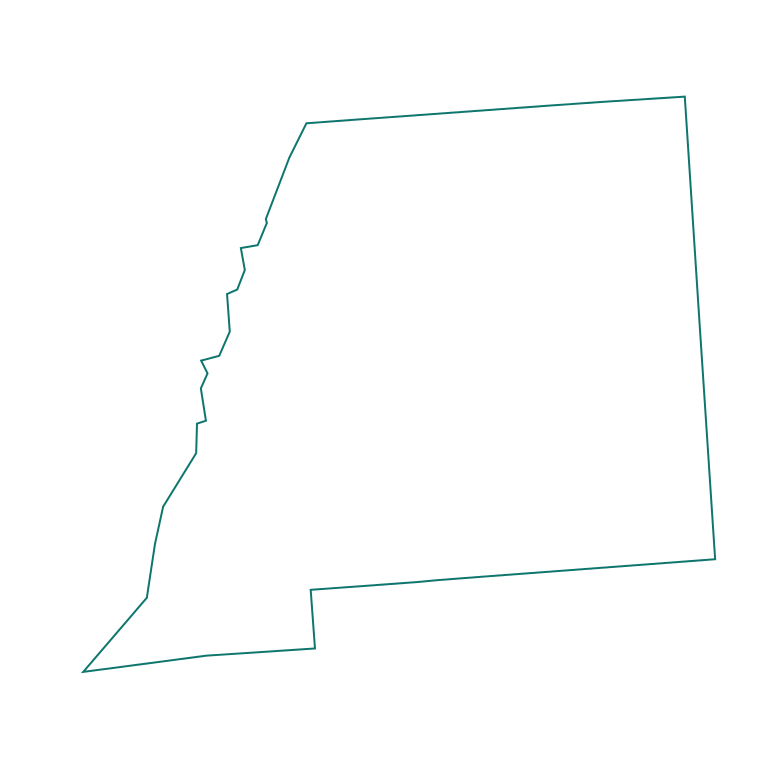 the district of Attala, Mississippi, United States of America, rotated 356°
{"feature_id": "52423323B11508580197102", "entity_name": "Attala", "entity_type": "district", "adm_level": 2, "iso_a3": "USA", "parent_name": "United States of America", "parent_adm1": "Mississippi", "projection": "equal_earth", "projection_center": [-89.691, 33.083], "detail": "fine", "context": "isolated", "style": "outline", "palette": "teal", "viewbox_px": 768, "rotation_deg": 356, "n_neighbors": 0, "source": "geoboundaries", "source_scale": "gbopen_adm2", "svg_char_len": 585}
<svg xmlns="http://www.w3.org/2000/svg" viewBox="0 0 768 768"><g transform="rotate(356 384 384)"><path d="M702.1,581.9L702.8,406.5L703.0,349.6L704.1,118.3L620.5,117.8L568.8,117.8L380.2,118.3L324.8,118.5L305.4,151.5L277.6,211.3L278.4,215.1L267.7,236.7L250.7,238.4L253.1,260.6L244.2,279.5L233.7,283.3L233.8,321.0L221.6,344.4L203.2,347.9L208.7,361.1L201.0,375.6L203.8,408.2L194.7,410.5L191.8,439.9L155.1,491.0L144.4,527.5L132.5,580.7L63.9,650.2L187.7,642.6L296.7,643.0L296.5,584.2L402.4,583.9L424.2,583.4L464.9,583.1L702.1,581.9Z" fill="none" stroke="#0f766e" stroke-width="2"/></g></svg>